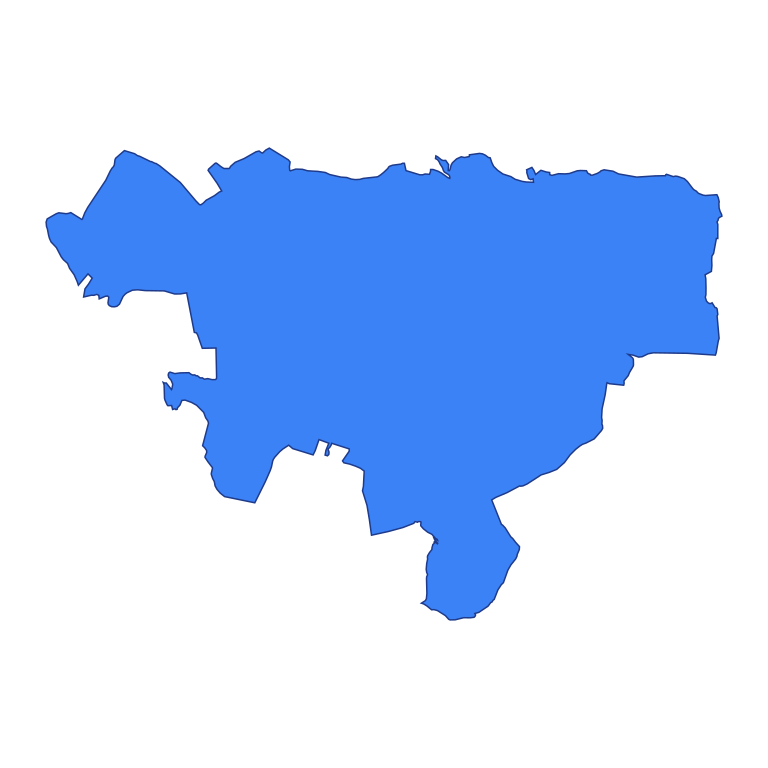 Coroisanmartin, Mures, Romania (Mercator projection)
{"feature_id": "2599482B84151777050895", "entity_name": "Coroisanmartin", "entity_type": "district", "adm_level": 2, "iso_a3": "ROU", "parent_name": "Romania", "parent_adm1": "Mures", "projection": "mercator", "projection_center": [24.59, 46.392], "detail": "fine", "context": "isolated", "style": "filled", "palette": "blue", "viewbox_px": 768, "rotation_deg": 0, "n_neighbors": 0, "source": "geoboundaries", "source_scale": "gbopen_adm2", "svg_char_len": 6098}
<svg xmlns="http://www.w3.org/2000/svg" viewBox="0 0 768 768"><path d="M712.1,302.8L710.8,303.5L709.4,303.5L708.1,302.8L706.5,301.1L705.3,297.3L705.9,294.8L706.0,288.2L705.8,278.8L705.1,274.8L711.4,271.4L711.9,265.6L711.7,259.8L711.9,256.2L713.6,253.4L716.4,238.4L717.8,238.5L717.8,224.3L717.0,222.0L718.1,220.2L718.3,218.8L718.7,218.2L719.5,217.4L721.9,216.2L721.6,214.5L720.1,211.4L719.1,208.1L718.9,203.6L719.2,201.7L718.2,197.5L716.9,194.7L705.4,195.5L703.0,195.1L698.4,193.3L696.3,191.1L694.0,189.8L692.7,188.5L687.4,181.5L684.3,178.7L677.7,176.4L675.5,176.1L673.3,176.6L666.5,174.3L665.7,174.8L665.5,175.7L655.1,175.9L636.7,177.1L618.5,173.9L613.0,171.2L604.1,169.8L601.0,170.8L599.9,171.9L597.3,173.4L592.3,175.2L590.6,175.1L590.4,174.4L588.0,173.4L586.4,170.7L580.5,170.5L577.2,170.8L569.4,173.5L565.0,173.9L558.5,173.7L551.9,175.4L549.7,174.6L549.7,172.5L546.3,172.0L540.9,170.3L535.6,174.5L533.9,170.4L531.9,167.4L526.6,169.8L526.9,170.9L526.8,172.7L528.6,178.5L530.8,179.7L533.1,178.8L533.5,182.3L526.2,182.0L522.3,181.4L515.2,179.3L510.9,176.6L502.9,174.0L497.5,170.2L493.7,166.4L491.9,162.8L490.2,157.8L488.4,157.5L485.4,155.2L482.4,153.8L479.5,153.4L469.4,154.8L469.3,156.5L464.6,157.5L461.2,156.8L456.6,158.9L452.4,162.8L451.1,165.2L450.0,169.6L449.3,170.7L448.2,170.5L448.6,164.6L445.7,160.4L443.1,160.5L441.5,159.9L437.6,156.8L435.9,155.9L435.5,158.6L437.6,159.7L439.1,161.8L440.0,163.9L442.4,167.6L443.4,170.5L444.4,172.1L448.5,174.6L449.4,175.6L449.9,177.4L449.7,178.4L447.8,177.6L441.4,173.0L438.0,171.2L433.1,169.5L430.6,169.5L430.5,171.4L429.5,174.3L425.1,174.0L422.5,174.8L419.8,174.8L406.0,170.6L404.4,163.3L402.5,163.3L401.0,164.1L392.6,165.2L389.5,166.3L388.5,167.2L387.9,168.4L383.9,172.2L380.6,174.9L377.6,176.8L363.3,178.4L359.6,179.4L355.3,179.6L351.4,179.1L346.7,177.5L340.9,177.1L329.6,174.5L325.4,172.5L317.9,171.4L307.7,170.8L302.4,169.3L295.8,169.1L290.3,170.8L289.7,170.3L289.4,166.7L290.1,162.0L288.3,159.8L269.3,148.1L265.7,150.1L262.7,153.0L261.4,152.7L259.1,151.0L256.0,151.8L244.0,158.6L235.2,162.3L230.5,166.4L229.8,167.9L229.0,168.5L223.9,168.5L220.9,166.6L217.1,163.6L216.0,163.0L215.0,163.4L208.6,169.1L208.1,170.4L217.2,183.4L221.7,191.0L219.2,192.1L214.4,195.7L206.2,200.2L203.1,203.3L200.8,204.8L199.5,204.6L195.9,200.9L180.3,182.5L159.7,165.8L155.9,163.4L155.1,163.4L151.5,161.6L150.6,161.6L139.5,156.2L137.6,155.7L134.6,153.7L124.4,150.6L115.7,158.2L115.0,159.7L114.3,165.0L113.4,166.7L112.0,168.2L110.2,171.1L105.8,180.2L87.8,207.3L84.8,212.8L82.4,219.0L81.9,219.5L70.8,212.6L68.3,213.4L66.1,213.7L58.8,212.8L56.1,213.8L47.2,218.9L46.1,222.1L46.5,226.4L47.4,229.0L48.6,235.3L49.5,238.5L51.1,242.0L56.4,247.6L61.2,256.8L63.4,259.7L67.6,263.5L69.6,268.4L74.1,274.7L77.1,281.4L78.4,285.2L88.0,273.9L92.2,278.1L88.6,284.0L85.0,288.8L83.6,297.0L91.5,295.2L93.9,295.3L96.8,294.4L98.8,295.4L99.2,298.9L105.3,296.3L107.6,296.0L108.8,297.2L108.0,302.6L108.2,304.1L109.3,305.6L111.7,306.7L114.5,306.8L116.9,306.3L119.5,304.1L123.1,296.4L125.1,294.2L127.1,292.7L132.4,290.2L137.7,289.8L145.2,290.6L164.2,290.9L174.7,294.0L180.4,293.9L186.7,292.9L194.3,332.4L196.5,332.9L197.7,335.1L202.3,348.3L216.0,348.0L216.6,377.4L216.4,378.7L215.6,379.5L214.7,379.6L212.0,379.6L207.7,378.6L204.3,379.2L202.5,377.9L200.1,377.9L197.5,375.8L196.1,375.8L194.8,374.9L192.6,375.0L190.6,374.0L189.0,372.7L180.2,372.9L174.8,373.6L170.0,372.1L168.8,372.9L168.3,374.2L168.2,375.2L168.7,377.3L171.1,380.2L172.5,383.6L172.7,384.4L171.9,388.8L171.5,389.6L166.3,383.0L164.4,383.0L163.2,382.4L164.1,384.9L164.5,398.3L165.0,400.2L167.1,404.8L167.9,405.7L171.6,405.5L172.6,409.5L174.5,408.9L175.3,409.0L175.9,409.6L177.1,409.3L177.6,407.6L179.9,405.2L181.9,400.4L185.1,400.1L191.5,402.4L196.7,405.3L203.7,412.4L205.7,417.8L207.9,421.0L208.5,423.2L202.6,445.7L204.8,447.9L206.6,450.5L206.7,452.5L205.1,456.2L205.0,457.4L208.3,462.3L212.4,467.6L212.5,468.1L211.3,473.3L211.3,474.4L212.7,478.6L214.3,481.6L215.1,485.9L216.9,489.2L220.3,493.2L224.6,496.6L254.8,502.8L265.2,481.9L270.2,470.6L271.5,466.8L272.7,461.0L273.4,459.3L274.6,457.4L279.7,451.7L283.0,448.9L288.7,445.2L292.7,448.6L313.1,454.9L315.3,450.4L319.0,439.6L328.8,443.2L325.9,450.4L325.1,455.1L327.5,455.8L328.8,454.5L329.0,452.9L328.9,451.4L328.2,450.0L328.3,448.7L329.6,447.6L331.1,445.2L331.7,443.3L349.2,448.9L349.2,451.2L342.5,460.9L343.9,462.8L349.7,464.1L355.7,466.2L360.5,468.3L364.2,471.1L363.4,486.4L362.5,490.8L367.0,505.4L369.4,519.8L371.5,535.2L388.4,531.5L403.0,527.5L413.8,523.3L415.0,521.6L417.6,522.2L418.3,521.6L419.8,521.6L420.8,521.8L421.0,522.9L420.7,524.7L420.8,525.8L423.4,528.8L427.7,532.2L431.9,534.3L435.5,538.4L437.2,539.4L437.5,540.2L434.0,538.2L434.7,539.9L437.7,543.3L437.4,543.8L434.8,541.5L434.1,542.1L434.8,542.8L432.9,544.5L432.0,547.7L431.9,549.5L429.6,552.4L427.7,555.6L427.4,556.9L427.6,559.1L426.7,563.5L426.2,569.4L426.7,572.5L427.5,574.2L427.4,575.3L426.7,576.6L426.5,578.5L426.9,593.4L426.4,598.7L425.4,600.6L421.4,603.2L423.6,603.9L426.7,605.8L431.6,609.8L433.9,609.6L437.5,610.6L445.4,615.6L448.7,619.3L450.1,619.9L455.2,619.8L463.7,617.7L470.3,617.8L474.1,617.3L475.0,616.4L475.6,615.0L474.8,613.5L478.8,612.4L488.1,606.1L490.6,602.7L492.1,601.9L493.0,600.3L494.2,599.4L497.9,589.9L501.3,584.7L503.4,582.7L507.9,570.1L510.9,564.9L515.7,558.9L516.9,556.4L517.3,554.3L519.3,549.6L519.5,546.6L515.6,542.3L512.8,538.6L510.7,536.7L505.3,528.0L502.7,525.2L501.4,524.3L491.7,499.9L495.8,497.4L507.1,492.6L519.7,485.9L520.6,486.2L522.9,485.9L527.1,484.0L541.1,474.9L549.2,472.4L556.7,469.4L564.4,462.6L570.0,455.0L575.7,449.3L580.0,445.9L582.5,444.3L585.9,443.1L594.2,438.9L601.5,430.5L602.7,428.3L602.5,425.5L601.9,424.1L602.1,420.3L601.6,417.5L602.1,408.8L605.2,394.6L606.7,384.0L607.1,382.7L609.2,383.7L623.7,385.2L624.1,383.6L624.0,380.8L628.2,375.7L629.5,372.5L633.1,366.4L633.5,365.0L633.4,359.8L633.0,358.5L632.2,357.5L628.2,354.4L632.9,355.1L638.7,357.1L642.2,356.7L648.1,353.8L653.4,352.8L687.5,353.3L715.4,355.1L716.2,352.8L718.3,340.9L719.1,338.4L717.1,316.0L717.8,314.5L717.1,308.8L716.1,307.7L715.0,307.5L712.1,302.8Z" fill="#3b82f6" stroke="#1e3a8a" stroke-width="1.5"/></svg>